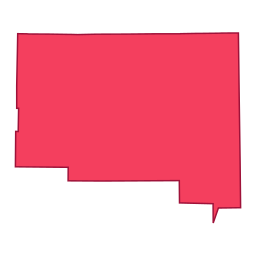 the district of Humboldt, Nevada, United States of America
{"feature_id": "52423323B95126953057941", "entity_name": "Humboldt", "entity_type": "district", "adm_level": 2, "iso_a3": "USA", "parent_name": "United States of America", "parent_adm1": "Nevada", "projection": "albers", "projection_center": [-118.177, 41.263], "detail": "fine", "context": "isolated", "style": "filled", "palette": "rose", "viewbox_px": 256, "rotation_deg": 0, "n_neighbors": 0, "source": "geoboundaries", "source_scale": "gbopen_adm2", "svg_char_len": 612}
<svg xmlns="http://www.w3.org/2000/svg" viewBox="0 0 256 256"><path d="M125.5,34.1L96.4,34.2L86.8,34.4L77.7,34.6L70.1,34.4L68.2,34.4L48.6,34.1L28.8,34.0L26.5,33.8L24.7,33.8L17.7,33.7L17.4,51.4L16.7,85.7L16.7,108.3L18.6,108.3L18.2,131.5L15.7,131.4L15.4,166.8L17.3,166.8L68.2,167.3L68.1,180.8L102.0,181.0L179.3,180.6L179.5,202.9L213.1,203.7L213.2,223.0L218.4,208.0L240.6,207.7L240.1,161.7L239.2,97.3L238.4,33.0L237.6,33.0L236.2,33.0L234.8,33.0L233.5,33.0L221.2,33.1L219.3,33.2L201.5,33.4L197.7,33.4L180.4,33.7L180.2,33.8L156.5,33.8L125.5,34.1L125.5,34.1Z" fill="#f43f5e" stroke="#9f1239" stroke-width="1.5"/></svg>